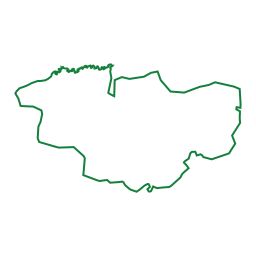 outline of Tarmuwa, Yobe, Nigeria
{"feature_id": "59680162B67238968218645", "entity_name": "Tarmuwa", "entity_type": "district", "adm_level": 2, "iso_a3": "NGA", "parent_name": "Nigeria", "parent_adm1": "Yobe", "projection": "orthographic", "projection_center": [11.647, 12.245], "detail": "fine", "context": "isolated", "style": "outline", "palette": "green", "viewbox_px": 256, "rotation_deg": 0, "n_neighbors": 0, "source": "geoboundaries", "source_scale": "gbopen_adm2", "svg_char_len": 4899}
<svg xmlns="http://www.w3.org/2000/svg" viewBox="0 0 256 256"><path d="M110.2,182.7L119.7,182.0L122.2,181.6L123.4,182.2L125.0,185.0L128.7,188.3L130.5,189.6L136.6,191.7L139.8,189.5L144.5,185.6L147.5,184.0L148.7,184.2L149.5,185.8L149.9,186.8L147.4,189.3L148.6,191.2L149.1,191.6L149.8,191.5L151.0,191.2L153.2,186.5L155.6,187.6L157.0,188.1L157.8,188.1L158.2,188.0L159.7,187.8L161.8,187.6L162.5,187.5L169.2,187.0L171.4,185.6L180.5,177.4L181.3,175.6L182.1,174.1L183.8,172.4L188.6,168.2L186.5,165.2L183.9,162.6L184.5,161.5L188.7,158.6L190.4,153.2L192.0,151.8L195.3,151.8L196.8,155.5L200.4,154.3L201.9,155.1L203.4,157.1L211.7,159.3L229.0,153.4L235.2,143.6L232.1,135.5L240.1,122.9L239.7,117.9L240.0,111.3L236.3,109.3L236.6,107.2L240.4,107.8L240.6,104.5L239.7,89.0L234.0,86.6L215.1,82.3L208.7,85.0L199.8,86.8L191.4,89.9L184.2,92.6L170.5,91.5L160.7,80.1L157.6,71.5L151.0,72.8L144.0,76.7L129.4,78.9L121.8,77.1L114.7,80.1L114.2,96.2L110.1,94.1L108.8,93.4L108.3,92.8L111.4,78.1L110.2,71.5L110.8,68.9L110.4,68.2L110.1,67.2L112.3,66.1L112.6,65.7L112.3,65.7L112.2,65.7L111.7,65.3L111.5,65.2L111.4,65.1L111.3,64.9L111.2,64.7L110.8,64.4L110.7,64.3L110.4,64.3L110.2,64.4L109.8,64.7L109.6,64.8L109.4,64.9L108.8,64.8L108.7,64.9L108.5,65.1L108.4,65.2L108.1,65.7L108.1,66.0L108.1,66.4L108.1,66.7L107.8,67.1L107.6,67.2L107.4,67.3L107.0,67.3L106.8,67.3L106.6,67.4L106.2,67.8L105.4,68.1L104.9,68.3L104.5,68.8L103.9,69.2L103.7,69.3L103.5,69.2L103.4,69.1L103.6,68.9L103.8,68.9L104.0,68.8L104.0,68.7L103.9,68.6L103.7,68.4L103.6,68.2L103.8,67.9L104.0,67.8L104.3,67.9L104.5,67.8L104.8,67.7L104.8,67.3L104.7,67.1L104.4,67.0L104.2,67.0L104.0,67.4L103.8,67.5L103.3,67.7L103.1,67.8L102.4,67.3L102.1,67.2L101.9,67.3L101.6,67.4L101.5,67.5L101.4,67.8L101.5,68.1L101.5,68.3L101.4,68.6L101.4,68.9L101.2,69.2L100.7,69.4L100.3,69.6L99.8,69.7L99.2,69.7L98.9,69.4L98.8,69.1L98.9,68.9L98.9,68.6L98.9,68.4L98.8,68.2L98.5,68.0L98.3,67.9L98.1,67.7L98.0,67.2L98.1,66.9L98.0,66.6L97.8,66.4L97.5,66.3L97.3,66.3L97.2,66.5L96.9,67.6L96.5,68.1L96.0,68.1L95.7,68.2L95.4,68.4L95.0,68.4L94.4,68.5L94.3,68.2L94.7,67.3L94.7,67.0L94.6,66.7L94.4,66.5L93.8,66.2L93.5,65.7L93.3,65.6L93.1,65.6L92.8,65.8L92.6,66.0L92.3,66.9L92.0,67.4L91.5,67.9L91.2,68.0L90.8,67.8L90.7,67.2L90.8,66.9L91.0,66.7L91.1,66.1L90.8,65.7L90.3,65.5L89.9,65.7L89.5,65.9L88.0,66.4L87.5,66.7L87.2,66.9L87.4,67.1L87.4,67.4L87.3,67.5L87.2,67.6L86.8,67.5L86.6,67.4L86.6,67.2L86.4,66.9L86.3,66.7L86.5,66.3L86.5,66.1L86.2,65.9L85.9,65.8L85.6,65.9L85.4,66.1L85.0,66.0L84.8,66.1L84.9,66.4L85.1,66.6L85.3,66.7L85.4,66.9L85.3,67.1L85.2,67.1L84.9,67.2L84.6,67.2L84.2,67.2L83.8,67.3L83.4,67.3L83.1,67.6L82.8,67.8L82.8,68.0L82.9,68.3L82.9,68.5L82.7,68.8L82.5,68.7L82.4,68.7L82.3,68.4L82.2,68.3L82.3,68.0L82.4,67.9L82.4,67.7L82.1,67.4L81.9,67.3L81.6,67.3L81.1,67.7L80.9,68.2L80.5,68.4L80.2,68.5L79.9,68.5L79.7,68.4L79.4,68.4L79.2,68.5L79.1,68.8L79.1,69.0L79.1,69.3L78.9,69.4L78.4,69.3L78.2,69.3L77.9,69.3L77.6,69.5L77.4,70.1L77.4,70.3L78.0,70.3L78.3,70.5L78.4,70.8L78.4,71.2L78.5,71.3L78.4,71.5L77.9,71.7L77.3,72.1L76.9,72.2L76.5,72.3L76.0,72.2L75.8,72.3L75.2,72.8L74.9,72.7L74.7,72.5L74.7,72.3L74.7,72.1L74.8,72.0L75.0,71.9L75.0,71.7L74.9,71.4L74.8,71.2L74.6,71.0L74.4,70.9L73.7,70.7L73.5,70.2L73.8,69.8L73.9,69.5L73.9,69.1L73.7,68.9L73.4,68.8L73.1,68.8L72.9,69.0L72.7,69.2L72.2,69.4L72.0,69.5L72.1,69.9L72.3,70.1L72.4,70.3L72.3,70.7L72.3,70.9L72.0,71.1L71.7,71.2L71.4,71.1L71.1,70.8L70.8,70.7L70.6,70.8L70.2,71.0L69.7,71.4L69.6,71.5L69.1,71.9L68.7,72.0L68.6,71.9L68.7,71.7L68.7,71.2L68.3,71.1L68.1,71.2L67.9,71.3L67.6,71.2L67.3,71.0L67.2,70.9L67.2,70.7L67.9,70.4L68.2,70.2L68.5,69.9L68.5,69.7L68.4,69.6L68.0,69.6L67.8,69.5L67.7,69.3L67.7,69.1L67.6,68.7L67.4,68.6L67.2,68.5L66.8,68.6L66.4,68.5L66.0,68.5L65.6,68.5L65.0,68.4L63.7,68.1L63.3,67.9L63.2,67.8L63.0,67.4L63.0,67.1L62.7,67.1L62.4,67.4L62.2,67.7L62.1,67.8L61.8,67.9L61.6,67.8L61.6,67.7L61.4,67.5L61.4,67.8L61.5,67.9L61.6,68.0L61.8,68.4L61.8,68.6L61.7,68.7L61.6,68.8L61.2,69.0L60.8,68.9L60.7,69.0L60.2,69.3L59.9,69.2L59.5,69.1L59.3,69.0L59.1,68.9L58.8,69.0L58.7,69.1L58.7,69.3L58.8,69.7L59.2,69.8L59.3,70.0L59.7,70.1L60.1,69.9L60.5,70.0L60.6,70.4L60.5,70.5L60.6,70.8L60.5,71.1L60.4,71.2L60.0,71.2L59.7,71.2L59.6,71.4L59.4,71.6L59.6,72.1L59.2,72.3L58.8,72.0L58.3,71.9L57.9,72.1L57.7,71.9L57.3,71.8L56.6,72.1L56.5,72.6L56.8,72.8L56.9,73.3L57.1,73.6L57.1,73.9L56.7,74.4L56.3,74.3L56.0,74.1L55.6,74.0L55.2,73.5L55.2,72.9L55.1,72.5L55.6,72.3L55.8,72.0L55.9,71.5L55.6,71.4L54.0,71.7L52.6,73.0L51.9,73.8L51.7,74.8L51.0,76.6L49.5,77.7L47.9,79.0L45.1,80.3L40.7,81.0L37.7,81.0L31.9,83.0L27.1,85.5L23.2,87.0L19.6,88.2L18.1,89.7L16.4,91.5L15.4,93.5L18.4,98.6L20.6,105.9L20.8,106.0L33.3,106.6L41.4,110.4L42.2,114.0L40.5,122.0L38.4,126.6L37.7,138.0L37.9,138.8L39.2,142.0L56.3,147.0L58.9,147.6L73.7,147.1L83.5,155.9L84.8,158.2L83.8,170.0L83.3,175.1L97.4,180.4L99.7,181.0L104.5,180.3L107.1,180.0L110.2,182.7Z" fill="none" stroke="#15803d" stroke-width="2"/></svg>